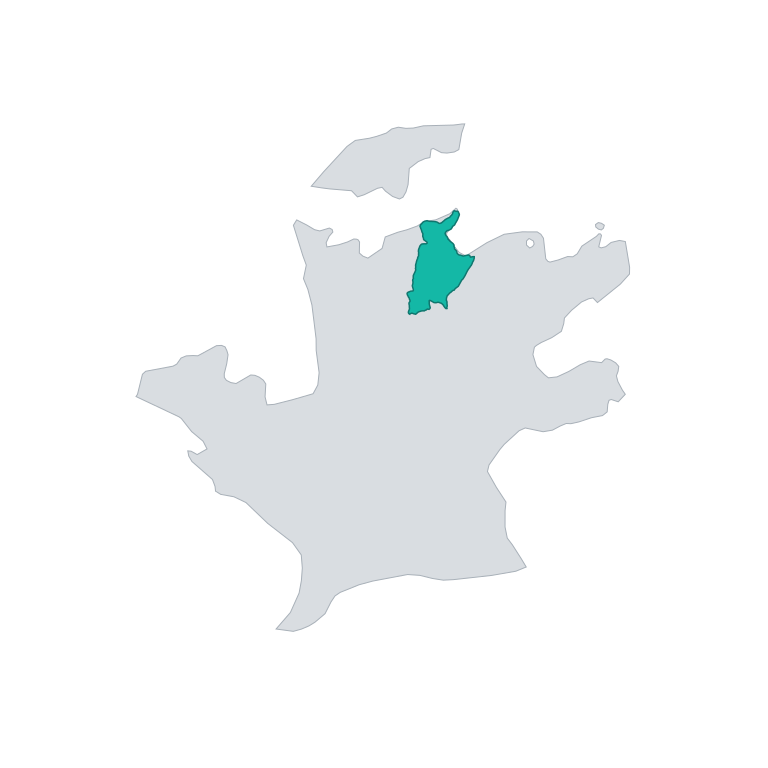 Kalbajar District, Kəlbəcər, Azerbaijan shown in context, rotated 119°
{"feature_id": "54616110B37358032697149", "entity_name": "Kalbajar District", "entity_type": "district", "adm_level": 2, "iso_a3": "AZE", "parent_name": "Azerbaijan", "parent_adm1": "Kəlbəcər", "projection": "albers", "projection_center": [46.209, 40.052], "detail": "fine", "context": "in_parent", "style": "filled", "palette": "teal", "viewbox_px": 768, "rotation_deg": 119, "n_neighbors": 0, "source": "geoboundaries", "source_scale": "gbopen_adm2", "svg_char_len": 7040}
<svg xmlns="http://www.w3.org/2000/svg" viewBox="0 0 768 768"><g transform="rotate(119 384 384)"><path d="M515.2,594.8L512.5,594.6L492.6,600.0L488.4,598.6L470.7,577.2L467.1,574.9L459.7,574.1L455.3,570.6L451.7,564.8L449.6,560.5L431.7,549.1L429.0,544.8L428.6,541.0L431.1,537.5L434.0,534.6L442.5,531.4L452.5,528.7L455.7,526.8L457.2,523.6L457.0,518.6L455.3,513.6L440.7,504.9L439.0,501.1L438.5,496.3L439.2,491.3L441.3,487.4L452.9,481.8L459.0,476.2L455.0,470.1L442.1,456.4L426.9,441.3L417.0,441.4L405.6,446.2L387.5,459.6L377.4,465.3L364.3,474.8L349.9,485.3L338.2,496.4L330.9,505.5L317.7,509.6L311.1,517.2L289.1,540.2L282.8,539.9L282.4,528.6L282.7,519.6L281.3,514.4L274.1,507.4L274.0,504.3L275.9,502.4L281.4,503.6L288.5,503.1L291.8,500.4L284.2,491.1L277.5,484.8L271.8,480.7L270.6,478.1L270.5,476.4L271.7,474.2L281.4,469.1L282.4,464.4L281.7,459.1L266.3,451.4L254.8,454.2L244.6,445.5L238.0,438.7L229.7,431.5L222.4,427.5L215.4,418.4L203.2,409.0L195.4,406.3L195.5,404.8L197.0,403.1L200.3,401.7L222.0,402.2L224.7,400.5L226.0,396.5L229.0,390.6L232.5,381.9L232.3,374.5L210.5,362.5L194.8,351.5L184.0,337.0L176.7,323.8L177.0,319.4L179.2,315.2L196.1,303.2L197.3,300.1L196.9,297.9L191.0,291.7L183.5,285.2L181.2,280.5L176.5,278.1L167.5,277.8L151.9,269.8L148.5,268.9L147.8,267.4L148.6,265.8L159.9,262.7L159.7,260.1L156.4,256.6L150.1,254.0L144.3,247.7L142.4,242.0L162.8,225.8L168.8,222.6L182.0,225.7L209.3,236.8L207.4,242.9L210.2,246.3L216.5,251.0L228.6,255.7L238.8,258.2L244.0,256.1L251.9,254.4L262.2,259.8L271.6,266.7L276.4,269.4L278.9,270.3L286.1,268.0L294.7,259.1L298.0,248.3L298.9,243.2L293.9,236.1L283.5,228.5L272.0,221.7L264.5,215.8L259.8,204.0L255.0,202.7L253.8,201.2L253.0,197.2L253.2,191.6L254.8,187.2L259.5,185.4L264.2,184.7L268.5,180.6L273.8,172.5L276.0,168.0L286.0,170.5L287.4,177.8L289.2,179.3L293.3,178.4L300.2,175.3L305.7,177.6L312.9,186.2L322.7,195.2L328.1,201.3L330.2,205.5L335.3,209.5L342.7,214.3L348.6,221.7L354.0,239.2L359.4,243.2L378.5,249.6L385.2,250.9L403.9,252.9L410.4,251.1L419.8,235.8L428.1,220.1L436.1,216.7L450.4,208.8L459.0,201.5L462.4,193.8L470.3,179.2L475.1,170.9L483.8,177.9L499.2,197.0L521.3,228.2L526.8,237.0L530.6,247.4L534.0,259.9L539.2,271.0L561.9,298.4L571.7,308.5L587.5,321.3L593.1,324.1L600.3,324.7L613.4,324.2L625.8,328.9L632.0,332.4L638.4,337.4L644.3,343.4L650.6,359.6L629.2,355.1L608.0,356.9L596.1,360.9L584.6,366.2L573.6,373.5L567.1,387.1L562.3,418.1L554.6,447.3L555.4,460.6L559.7,473.3L559.4,479.4L555.5,482.1L550.7,487.7L544.9,514.4L541.7,519.8L537.6,523.2L536.3,520.1L536.3,513.2L526.6,507.3L521.8,514.4L518.9,529.1L512.4,544.6L512.1,547.5L515.2,594.8ZM193.4,326.7L194.4,322.5L191.7,320.7L188.9,320.5L186.5,322.6L186.4,327.7L189.8,328.7L193.4,326.7ZM122.0,446.2L118.8,441.9L117.4,439.5L126.9,437.7L142.7,432.2L147.0,435.0L151.5,440.9L153.8,445.9L154.1,455.1L155.9,456.6L163.7,453.6L167.0,457.4L172.9,461.9L183.2,466.4L198.0,459.6L205.4,457.9L211.5,458.0L214.7,460.2L215.8,467.4L214.6,476.2L212.9,481.0L216.0,484.6L228.1,493.1L233.2,497.9L230.7,506.1L239.7,526.1L242.8,533.9L246.3,543.5L227.7,539.7L194.1,531.5L184.9,527.2L176.2,516.0L171.1,510.6L163.4,503.6L157.2,500.9L152.5,496.0L149.8,488.8L145.9,482.4L139.1,474.7L123.9,448.9L122.0,446.2ZM144.0,274.9L142.0,276.3L138.9,274.8L138.0,271.7L138.3,268.3L141.4,267.6L143.9,268.6L144.6,271.6L144.0,274.9Z" fill="#d9dde1" stroke="#a8b0b8" stroke-width="1"/><path d="M268.1,368.4L267.8,368.1L266.1,368.0L265.5,367.7L265.1,367.6L263.9,367.0L263.3,366.8L262.6,366.4L260.9,366.4L260.6,366.4L258.8,366.4L256.8,366.4L255.5,366.4L253.6,365.8L252.4,365.8L251.3,365.7L249.4,365.7L247.3,365.8L245.3,365.9L243.9,365.9L242.4,365.8L240.3,365.5L238.8,365.4L237.8,365.2L236.1,365.3L234.3,365.6L232.8,365.5L231.5,365.8L230.2,366.1L228.9,366.8L229.0,367.0L229.4,367.8L230.0,368.6L230.6,369.2L231.1,369.9L230.4,370.9L230.0,371.6L230.2,372.7L230.8,373.3L231.8,374.6L233.0,375.9L233.8,376.9L233.9,377.9L234.1,379.0L234.3,380.0L234.7,380.5L234.7,381.5L234.5,382.7L234.1,383.6L233.4,384.2L232.7,384.7L232.1,386.0L231.9,386.9L231.6,387.9L230.6,388.4L229.5,389.8L228.6,390.0L227.8,391.5L227.6,392.3L227.3,394.3L227.1,395.5L226.8,396.2L226.4,397.6L226.2,398.4L225.6,398.7L225.2,399.5L224.6,400.2L224.3,401.3L223.9,402.2L223.2,402.9L222.8,403.5L221.6,403.7L220.1,403.4L219.1,403.1L218.8,402.3L217.8,401.7L217.6,401.5L216.9,401.1L215.8,400.4L214.2,400.3L212.9,400.4L211.6,399.8L210.7,399.4L210.1,399.4L207.8,399.5L207.5,399.4L205.9,399.4L204.6,399.4L202.5,399.7L200.9,399.9L199.6,400.1L198.9,400.5L198.3,401.4L197.5,402.3L197.2,403.0L197.2,403.5L198.1,404.9L198.3,406.3L199.2,407.0L200.6,406.9L202.1,406.6L203.4,406.7L205.0,407.2L206.5,407.4L208.2,408.7L209.5,409.5L210.6,410.2L211.7,410.5L213.7,411.3L215.1,411.8L216.4,412.9L216.9,413.9L216.7,415.0L216.7,416.3L217.1,417.7L217.8,419.4L218.2,420.1L218.7,421.2L219.5,422.7L220.0,424.1L220.3,425.5L221.0,426.3L221.7,427.2L222.9,428.0L223.8,428.5L225.3,428.7L226.6,429.1L227.6,429.2L228.5,429.0L228.7,428.9L229.3,428.1L230.1,427.3L230.9,426.2L231.9,425.2L232.7,424.4L233.7,422.9L234.6,422.4L235.5,422.0L236.3,421.5L237.2,420.3L238.2,419.6L238.6,418.9L238.7,417.6L238.9,416.5L238.9,415.7L239.3,414.9L239.7,414.6L240.6,414.8L241.3,415.6L241.6,416.3L242.0,417.0L242.5,417.7L243.0,418.5L243.6,419.0L244.6,419.3L245.8,419.5L246.7,419.4L247.6,419.2L248.6,419.1L249.5,419.0L250.2,418.7L251.1,418.4L251.9,417.7L252.5,417.3L253.2,417.0L253.9,416.7L254.3,416.3L255.3,415.9L256.1,415.9L257.0,415.9L257.7,415.5L258.4,415.4L259.6,415.3L260.5,415.1L261.0,415.0L261.8,414.8L262.5,414.5L263.2,414.4L264.0,414.2L264.8,414.0L265.3,413.6L266.2,413.1L266.9,412.7L267.8,412.5L268.3,411.9L269.1,411.5L270.3,411.3L271.6,411.2L273.3,411.1L274.8,411.0L275.7,410.6L276.8,410.0L277.3,409.5L278.6,409.5L279.3,409.2L279.8,409.0L280.1,408.6L280.3,408.4L281.0,408.0L282.0,407.5L283.1,407.2L284.1,407.0L284.7,406.6L285.3,406.0L286.0,405.3L286.7,404.5L287.7,403.8L288.6,403.8L289.1,404.5L289.7,405.4L290.1,405.9L291.0,406.5L291.6,407.1L292.4,407.6L293.4,407.8L294.0,407.4L294.7,406.8L295.3,405.8L296.1,404.8L296.6,403.6L297.5,402.9L298.1,401.9L299.2,401.3L300.6,401.5L301.3,401.3L302.3,400.6L303.2,399.8L303.8,399.5L304.2,399.3L306.0,398.1L307.4,397.9L308.3,397.8L309.4,397.5L310.2,396.8L310.5,395.9L310.5,395.4L310.2,395.5L309.7,395.0L308.6,394.1L308.3,393.1L308.2,392.1L307.8,390.8L307.6,390.1L306.0,389.5L305.4,389.3L304.2,388.8L303.3,387.9L302.3,387.0L301.7,386.3L300.9,385.1L300.7,384.4L299.3,383.5L298.7,382.9L297.7,382.6L297.4,382.3L296.9,380.8L295.7,380.4L294.8,380.6L293.9,381.5L293.2,382.2L292.2,383.1L291.3,383.7L290.4,384.1L289.5,384.8L288.9,384.8L288.6,384.4L288.5,382.5L288.5,381.4L288.6,380.0L288.3,379.1L287.8,378.1L287.2,377.3L286.4,376.6L286.0,375.5L285.8,373.9L285.6,373.0L285.9,371.5L286.2,370.5L286.7,369.7L287.4,368.3L287.8,367.3L288.0,366.3L287.4,365.5L286.6,366.2L285.1,366.5L284.0,367.3L283.0,368.0L282.0,368.5L281.1,369.2L280.5,370.2L279.6,370.5L278.6,371.0L277.3,371.3L276.0,371.5L274.8,371.1L273.8,370.9L272.7,370.7L271.8,370.2L270.9,369.8L270.5,369.8L269.6,369.4L268.6,369.0L268.1,368.4Z" fill="#14b8a6" stroke="#0f766e" stroke-width="1.5"/></g></svg>